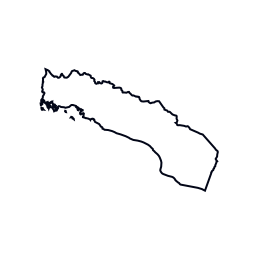 Pesisir Selatan, Sumatera Barat, Indonesia, rotated 325°
{"feature_id": "22746128B35993392452682", "entity_name": "Pesisir Selatan", "entity_type": "district", "adm_level": 2, "iso_a3": "IDN", "parent_name": "Indonesia", "parent_adm1": "Sumatera Barat", "projection": "orthographic", "projection_center": [100.561, -1.718], "detail": "fine", "context": "isolated", "style": "outline", "palette": "ink", "viewbox_px": 256, "rotation_deg": 325, "n_neighbors": 0, "source": "geoboundaries", "source_scale": "gbopen_adm2", "svg_char_len": 5516}
<svg xmlns="http://www.w3.org/2000/svg" viewBox="0 0 256 256"><g transform="rotate(325 128 128)"><path d="M187.6,194.8L185.5,176.2L183.6,173.8L182.8,172.1L178.2,164.6L178.4,163.0L178.1,161.1L177.7,160.6L176.4,160.1L175.2,158.4L172.8,156.1L172.1,155.4L170.5,154.4L170.1,153.9L170.4,152.3L170.1,151.2L170.7,151.4L171.3,151.3L172.8,150.2L173.1,148.3L174.5,146.5L174.7,146.0L174.4,145.2L173.8,144.8L172.2,142.4L171.5,138.8L171.3,138.5L170.1,137.7L170.1,136.6L169.9,135.8L169.4,135.3L168.4,133.8L169.1,132.7L168.8,131.3L168.8,123.9L167.4,122.8L165.8,122.1L164.2,122.1L162.1,121.0L160.8,120.7L160.4,120.2L159.8,118.5L160.2,117.6L155.9,115.2L154.5,114.0L154.1,113.1L154.1,111.8L154.2,110.8L154.7,109.8L154.8,108.9L154.3,108.6L154.2,108.1L153.4,107.7L153.3,107.2L152.5,106.8L151.2,104.5L150.2,103.9L149.9,103.0L149.7,101.2L149.3,99.9L149.5,99.0L148.8,98.5L147.0,98.2L145.1,96.6L144.1,96.0L144.0,95.7L144.7,94.2L144.4,92.9L145.0,92.0L145.0,91.0L144.0,89.9L139.7,87.3L139.0,86.6L139.0,86.3L139.5,85.6L140.5,85.5L141.1,85.2L140.5,83.1L138.7,80.8L138.8,80.4L139.3,79.8L139.2,79.3L138.9,79.1L137.8,79.2L137.3,78.7L136.6,78.0L136.2,77.1L135.4,76.5L134.6,75.3L133.9,75.2L133.0,76.2L132.4,76.4L131.8,76.3L130.8,75.2L130.8,74.0L129.8,73.3L129.0,74.2L127.6,73.4L127.4,73.5L127.1,73.1L126.9,72.5L127.4,71.2L127.3,70.1L128.2,69.3L128.3,68.1L127.8,66.9L126.8,66.0L126.7,65.6L126.9,64.6L127.4,63.7L126.1,61.1L125.6,61.0L125.2,60.5L124.3,59.3L124.4,58.7L124.3,58.3L123.7,57.8L123.1,57.8L122.6,57.8L121.6,58.4L120.9,58.1L120.3,57.6L119.3,57.2L119.1,54.8L118.7,53.8L119.2,53.2L119.2,52.7L117.7,51.0L117.3,50.0L114.8,49.3L113.8,49.7L113.0,50.3L108.4,51.8L107.8,51.7L106.8,51.7L105.3,50.6L104.8,50.0L105.1,48.3L104.7,47.3L104.9,46.7L105.0,45.8L104.7,45.6L103.3,46.1L102.7,46.8L101.8,47.2L100.3,47.2L99.5,46.7L99.2,45.0L98.7,44.8L97.9,43.9L97.0,43.8L96.8,43.5L96.7,42.3L96.2,41.9L96.2,41.0L95.9,39.2L95.9,38.3L96.0,37.9L95.8,37.1L96.1,36.4L95.3,34.2L94.7,33.7L94.4,32.8L94.2,32.5L93.2,35.0L92.1,36.8L88.7,38.5L87.8,38.1L86.9,38.4L86.0,39.9L85.1,40.8L85.2,41.3L85.0,41.7L84.3,41.9L83.7,42.7L83.0,43.2L81.9,44.7L80.8,45.3L80.3,47.5L79.8,48.1L78.7,48.7L78.5,49.4L78.5,49.7L78.9,49.8L79.6,50.5L79.6,51.5L77.6,52.7L76.5,53.1L75.4,54.5L73.0,55.3L72.2,56.3L72.2,57.4L71.4,58.2L73.0,57.1L73.3,57.6L73.4,57.2L73.7,56.7L74.5,56.2L74.8,56.5L74.9,57.2L75.1,57.5L74.5,58.4L74.9,59.7L74.5,60.0L74.7,60.3L75.1,60.3L75.3,61.0L76.4,60.4L76.6,60.6L76.4,60.8L76.7,60.7L77.1,60.7L77.3,61.2L76.8,61.4L76.9,61.8L77.3,62.2L78.2,62.6L78.4,62.9L79.1,62.8L79.2,63.1L79.5,63.0L79.7,62.5L80.6,62.6L80.8,63.1L81.0,63.1L80.3,64.0L80.5,64.7L80.3,65.1L80.6,65.9L80.5,66.1L80.0,65.9L79.7,66.1L79.8,66.3L80.5,66.5L80.3,66.7L80.4,66.9L81.4,66.8L81.5,67.0L80.8,68.0L81.0,68.4L81.4,68.6L81.0,68.9L81.1,69.0L80.9,69.4L81.1,69.9L80.5,70.1L80.1,70.0L79.5,68.5L79.4,67.8L78.6,67.8L78.4,67.5L77.9,67.6L77.5,68.1L77.5,69.5L77.8,70.1L77.3,71.1L77.1,71.9L78.0,71.9L78.6,72.3L78.8,71.9L79.3,71.6L79.7,72.0L79.6,72.6L79.8,72.7L80.7,72.1L82.0,71.7L82.2,71.4L82.3,70.8L82.9,70.4L83.8,70.4L84.5,71.0L85.2,72.4L87.5,74.3L88.3,75.5L91.9,77.0L94.3,76.7L95.0,76.8L96.1,77.6L98.1,80.2L98.1,80.8L97.9,81.1L97.5,81.2L97.7,82.1L98.2,81.8L98.5,81.8L98.7,82.1L98.9,82.9L98.2,84.0L97.7,83.7L97.4,83.8L97.4,84.3L97.2,84.6L97.5,85.0L99.0,84.3L99.4,84.3L99.6,84.7L99.5,85.7L100.1,85.7L100.4,85.8L100.5,86.8L101.1,87.1L101.2,87.4L100.9,87.7L100.1,87.4L98.8,87.4L97.6,87.9L97.3,88.7L96.9,88.9L97.2,89.8L98.2,89.6L98.8,90.3L99.8,90.1L100.1,90.7L100.0,91.1L99.4,91.4L98.8,92.2L98.5,92.7L98.1,93.1L97.6,92.9L97.3,93.3L98.5,94.8L99.0,95.7L99.3,95.8L100.9,97.6L101.7,99.0L101.8,99.7L102.1,99.4L102.5,99.4L103.4,99.7L103.7,100.0L104.1,99.9L105.0,100.8L105.1,101.9L104.7,102.1L104.8,102.6L104.5,104.1L106.6,108.1L106.7,110.0L106.5,111.1L107.1,112.1L107.3,112.8L107.2,113.4L107.0,113.6L106.9,113.5L106.7,113.9L107.6,115.3L107.7,115.9L110.6,118.3L113.2,121.4L114.6,123.6L115.6,125.7L118.3,129.0L121.4,133.4L123.2,136.6L123.5,137.6L125.5,140.8L128.7,143.9L131.1,146.7L132.5,148.8L134.8,153.1L135.6,155.4L135.9,157.8L136.2,158.9L136.3,159.4L135.8,160.4L136.3,162.5L136.3,163.2L137.1,166.4L137.3,168.6L137.1,170.3L136.3,173.7L135.5,175.6L133.0,178.7L131.0,180.3L130.2,181.1L129.9,182.0L129.8,183.3L129.9,184.6L130.4,185.8L133.3,190.1L136.0,193.2L136.6,194.2L137.0,195.6L137.1,197.4L136.9,197.7L137.1,198.9L137.8,201.4L138.3,202.5L138.3,203.8L138.7,204.6L150.9,217.1L153.5,220.4L155.1,223.5L168.8,213.8L170.1,212.9L170.7,212.1L171.5,212.0L171.7,211.7L172.3,211.4L173.6,211.4L174.4,210.6L175.3,210.5L176.2,209.6L177.5,209.4L178.1,208.6L180.6,207.0L181.1,206.4L182.0,206.4L181.9,204.2L182.1,203.6L184.6,202.5L185.8,201.0L187.8,199.2L188.1,198.2L187.5,196.1L187.6,194.8ZM75.7,62.0L76.1,61.4L75.5,61.6L75.0,61.5L74.6,61.9L74.8,63.2L74.6,63.8L74.1,64.3L74.2,64.9L74.0,65.3L74.1,65.9L74.5,66.1L74.4,66.4L75.2,65.8L75.4,66.1L75.9,66.0L76.0,66.3L76.7,66.6L77.2,65.6L76.9,64.8L77.1,64.0L76.8,63.5L76.8,63.2L76.4,63.1L76.2,63.2L76.0,63.4L76.3,63.4L76.4,63.6L75.6,64.3L75.3,64.1L75.1,64.0L75.5,63.6L75.6,62.9L75.9,62.6L75.7,62.0ZM69.5,61.6L68.7,61.7L68.2,62.6L67.9,63.6L68.0,63.8L68.3,63.7L68.9,64.0L69.4,64.5L69.3,63.6L69.6,62.8L69.3,62.5L69.2,62.0L69.3,61.7L69.5,61.6ZM88.6,87.2L87.9,86.3L87.4,86.5L88.0,86.8L88.2,87.4L88.1,87.9L88.5,87.9L88.6,87.2ZM86.3,79.4L86.7,78.2L86.4,77.9L86.0,78.3L86.1,79.2L86.3,79.4ZM71.4,59.4L71.7,59.0L71.4,58.8L71.4,58.2L70.6,59.4L71.4,59.4ZM70.5,58.3L71.0,57.7L70.6,57.6L70.2,58.4L70.5,58.3ZM88.7,88.8L88.4,89.1L88.6,89.7L88.8,89.3L88.7,88.8Z" fill="none" stroke="#020617" stroke-width="2"/></g></svg>